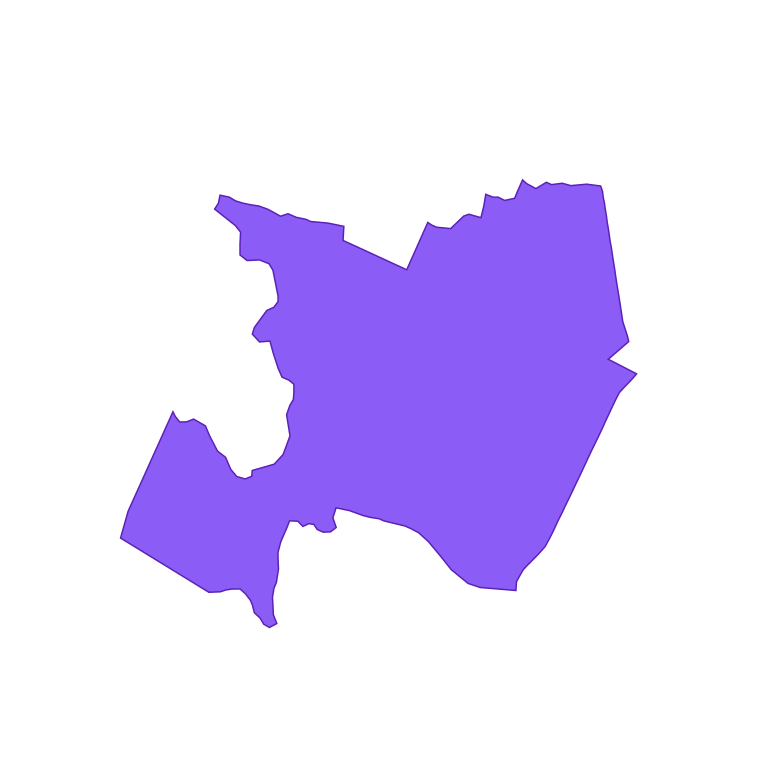 Caxingó, Piauí, Brazil (Natural Earth projection), rotated 24°
{"feature_id": "56859067B67253646809500", "entity_name": "Caxingó", "entity_type": "district", "adm_level": 2, "iso_a3": "BRA", "parent_name": "Brazil", "parent_adm1": "Piauí", "projection": "natural_earth1", "projection_center": [-41.859, -3.393], "detail": "fine", "context": "isolated", "style": "filled", "palette": "violet", "viewbox_px": 768, "rotation_deg": 24, "n_neighbors": 0, "source": "geoboundaries", "source_scale": "gbopen_adm2", "svg_char_len": 2486}
<svg xmlns="http://www.w3.org/2000/svg" viewBox="0 0 768 768"><g transform="rotate(24 384 384)"><path d="M283.2,256.3L267.3,259.8L250.9,265.4L245.7,265.3L236.1,267.4L227.1,267.5L221.2,272.8L214.1,272.2L207.1,271.6L197.2,272.3L189.7,274.4L181.5,276.2L173.7,277.1L166.7,276.2L157.4,278.2L159.2,286.2L158.1,293.1L183.7,299.7L191.2,303.6L195.7,315.1L200.0,324.7L208.7,326.9L219.8,321.3L230.0,320.9L236.3,325.3L251.4,346.7L253.7,351.7L252.2,358.6L247.0,364.5L242.6,385.1L243.4,392.0L253.2,396.2L262.4,391.2L270.2,400.8L281.1,412.9L288.0,419.2L295.7,419.2L301.8,420.9L305.3,428.8L307.5,435.1L306.7,441.8L307.5,451.7L319.2,469.6L320.0,481.0L320.5,489.5L316.3,501.9L298.8,516.6L300.7,522.1L295.8,527.2L287.1,528.4L278.7,524.3L269.1,515.4L259.2,513.0L245.7,502.2L237.9,494.9L224.3,493.5L219.1,498.9L212.8,501.8L206.5,498.5L202.5,495.2L202.0,604.4L206.0,631.9L308.7,645.5L319.0,640.4L323.4,636.4L328.6,633.1L335.9,629.8L343.2,632.2L350.2,636.1L353.9,639.7L358.6,645.7L365.9,648.2L371.9,652.4L378.4,653.0L383.5,646.4L376.7,639.7L372.6,631.4L368.9,624.3L366.6,615.6L366.4,608.9L364.9,603.6L362.9,596.0L359.1,588.4L355.7,581.2L353.9,570.3L353.8,561.9L353.8,556.1L353.4,547.4L361.1,544.4L367.9,547.1L372.1,542.2L377.0,540.8L382.2,544.1L388.7,544.1L395.3,540.8L398.7,534.5L391.7,527.0L390.6,516.6L404.0,513.7L418.3,512.7L425.8,511.4L434.3,509.1L439.6,509.1L460.9,505.2L467.7,505.2L476.1,505.8L488.6,509.9L507.1,519.0L521.0,526.3L542.0,532.0L554.6,530.8L588.5,519.0L585.5,510.9L586.1,503.1L586.7,497.3L588.7,491.3L590.8,485.8L594.2,476.8L597.3,467.1L598.1,457.2L598.5,449.1L598.6,438.8L599.1,429.1L599.2,421.9L599.4,416.2L599.7,407.4L599.9,397.8L600.2,387.2L600.4,378.1L600.5,370.0L600.7,360.6L601.2,347.4L601.5,335.6L601.5,327.8L601.7,319.9L601.8,313.3L602.0,304.9L602.5,296.1L604.5,290.1L608.7,278.5L610.6,272.0L578.8,270.2L590.3,245.7L586.9,241.2L581.7,235.4L576.7,229.8L573.4,224.6L569.9,219.2L566.1,213.2L561.3,205.9L555.9,197.7L553.0,193.2L548.3,185.7L541.6,175.4L536.0,166.6L532.9,162.2L529.3,156.4L525.6,150.6L522.2,145.6L519.1,140.4L515.5,135.0L511.5,128.6L508.4,124.4L505.3,119.2L501.4,115.0L487.9,119.0L474.0,126.8L465.2,128.1L456.0,133.7L450.3,133.7L443.3,143.7L432.8,142.9L427.6,141.2L427.6,147.3L427.6,153.3L427.8,161.2L419.6,167.2L412.2,166.9L407.5,169.0L399.8,169.3L402.8,180.8L404.9,192.6L392.5,194.4L388.5,198.2L381.7,214.9L368.2,219.4L363.2,219.4L358.3,218.6L358.3,255.3L358.3,262.9L358.3,270.4L288.2,269.5L283.2,256.3Z" fill="#8b5cf6" stroke="#5b21b6" stroke-width="1.5"/></g></svg>